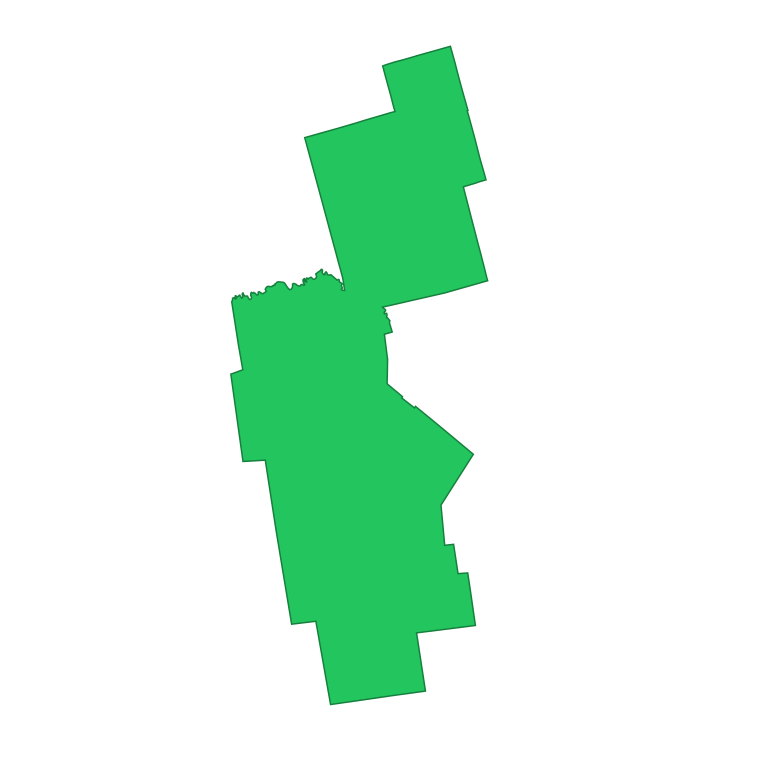 Giurgita, Dolj, Romania, rotated 74°
{"feature_id": "2599482B97852940082202", "entity_name": "Giurgita", "entity_type": "district", "adm_level": 2, "iso_a3": "ROU", "parent_name": "Romania", "parent_adm1": "Dolj", "projection": "robinson", "projection_center": [23.602, 44.033], "detail": "fine", "context": "isolated", "style": "filled", "palette": "green", "viewbox_px": 768, "rotation_deg": 74, "n_neighbors": 0, "source": "geoboundaries", "source_scale": "gbopen_adm2", "svg_char_len": 5065}
<svg xmlns="http://www.w3.org/2000/svg" viewBox="0 0 768 768"><g transform="rotate(74 384 384)"><path d="M677.4,523.7L685.5,464.4L690.6,428.8L632.2,421.3L641.3,362.7L606.3,357.9L588.7,355.6L586.7,365.1L557.3,361.3L555.8,370.1L516.1,362.6L476.2,317.5L441.0,341.4L414.2,359.9L415.4,361.3L402.5,370.7L401.3,369.7L385.4,380.5L384.1,380.8L376.1,378.3L361.5,373.8L336.3,369.9L336.3,361.8L326.7,361.9L324.8,360.9L321.1,362.5L321.1,363.0L320.9,363.1L320.2,363.0L319.9,362.9L319.0,362.2L316.9,361.9L316.7,362.3L316.5,362.8L316.8,363.9L316.6,364.3L316.4,364.3L315.3,364.1L314.7,363.7L314.2,362.4L313.4,362.2L312.9,362.1L311.2,363.5L309.7,364.2L313.2,300.9L313.3,255.9L310.0,255.9L304.8,255.7L300.1,255.5L291.7,255.3L285.6,255.1L273.4,254.9L259.0,254.5L249.6,254.3L239.3,254.0L216.4,253.4L216.3,251.6L216.3,250.4L216.2,245.5L216.2,243.0L216.2,241.6L215.9,236.1L215.9,231.8L215.8,230.3L215.9,229.7L209.7,229.6L198.8,229.6L193.2,229.6L173.3,229.0L166.3,228.9L151.9,228.7L146.1,228.7L144.3,228.7L144.2,228.6L144.2,227.9L124.7,227.8L114.9,227.7L100.8,227.4L94.6,227.2L77.7,227.1L77.5,261.9L77.6,264.2L77.6,279.0L77.7,279.4L77.5,279.9L77.5,281.5L77.4,284.5L77.5,288.2L77.6,292.6L77.9,297.6L88.0,297.8L107.9,298.0L117.8,298.3L121.2,298.4L125.1,298.3L125.1,298.6L125.0,303.2L125.2,330.8L125.4,337.6L125.5,362.3L125.3,392.3L189.2,393.2L225.4,393.8L246.1,394.1L255.8,394.3L260.8,394.3L267.0,394.4L270.6,394.5L271.9,394.6L274.5,394.9L279.6,395.6L283.2,396.1L282.9,396.8L282.8,397.4L282.3,398.2L281.8,398.8L281.3,398.9L281.0,398.7L280.7,398.3L280.4,397.7L279.9,397.6L279.0,397.7L278.1,398.0L277.7,397.9L277.3,397.5L276.8,397.0L276.5,396.7L276.1,396.7L275.7,396.8L274.9,397.5L273.5,398.6L272.9,398.7L272.7,398.6L272.4,398.5L272.1,398.4L271.6,398.4L271.0,398.8L271.0,399.5L271.0,400.8L270.9,400.9L269.7,401.3L268.5,402.3L268.0,402.4L267.7,402.7L265.9,403.9L264.8,404.5L264.3,405.0L264.2,405.5L264.5,405.9L264.4,406.2L264.0,407.0L264.0,407.5L263.5,408.0L262.7,408.2L261.3,408.3L260.5,408.5L260.3,409.2L260.4,409.4L261.0,410.1L261.7,410.4L262.6,410.6L262.6,411.1L262.3,411.7L261.2,412.2L260.6,412.5L259.8,412.7L259.2,412.6L258.8,412.3L258.5,411.9L258.2,411.8L257.6,411.8L256.9,412.0L256.6,412.2L256.5,412.7L256.6,412.9L256.9,413.2L257.4,413.7L257.6,414.5L257.9,415.6L258.8,417.7L259.2,418.8L259.3,419.2L259.9,419.3L260.5,419.2L261.0,419.1L261.4,419.2L262.0,419.2L262.6,419.5L263.2,419.9L263.3,420.1L263.5,420.6L264.1,421.8L264.2,422.4L263.6,423.2L262.8,423.8L261.9,424.2L261.7,424.3L261.5,424.5L261.3,424.7L261.2,425.0L261.3,425.3L261.4,425.8L261.7,427.1L261.9,427.5L262.1,427.6L262.2,427.8L262.2,428.0L261.8,428.1L261.2,428.5L260.9,428.8L260.9,429.1L260.9,429.4L261.4,429.9L261.9,430.1L262.5,430.2L262.8,430.5L263.2,430.3L263.7,430.1L263.9,430.1L264.3,430.1L264.6,430.2L264.6,430.3L264.4,430.4L264.3,430.5L264.0,430.8L263.9,431.0L263.8,431.4L263.7,431.5L263.5,431.9L263.4,432.2L263.1,432.5L262.9,432.5L262.5,431.9L261.9,431.5L261.6,431.5L261.2,431.5L260.8,431.5L260.8,431.9L261.3,432.8L261.6,433.2L262.2,433.3L263.1,433.5L263.9,433.5L264.6,433.5L265.2,433.3L265.8,432.9L266.2,432.8L266.7,433.0L266.9,433.4L267.0,433.8L266.8,434.2L266.3,434.6L266.0,434.8L265.7,435.3L265.6,436.0L265.8,436.6L266.1,436.9L266.5,437.3L266.7,437.8L266.1,439.3L265.1,440.3L263.7,441.2L262.4,443.2L262.4,443.6L262.8,444.4L263.2,444.6L263.9,444.6L265.0,445.0L266.1,445.7L266.8,446.5L267.3,447.0L267.4,447.8L267.3,448.8L266.8,449.0L264.8,450.1L261.5,451.1L259.4,451.8L258.3,453.1L258.0,454.1L257.1,456.1L256.6,457.6L256.6,458.8L257.5,460.1L257.7,461.2L258.0,461.3L258.6,461.3L258.7,461.5L259.0,461.8L258.8,462.0L258.6,462.5L258.8,462.9L259.1,463.3L258.8,463.6L258.8,463.9L259.1,464.5L259.5,465.1L259.3,465.5L258.9,466.7L258.7,467.5L258.3,468.1L258.2,468.6L258.2,469.6L259.1,471.0L260.0,471.9L260.4,472.1L261.1,471.8L262.5,471.6L262.6,471.8L262.8,472.2L263.2,473.4L263.3,474.2L263.8,475.2L263.7,476.1L262.5,477.1L260.9,478.6L260.9,479.0L261.0,479.6L262.3,479.9L263.2,480.1L263.3,480.3L263.3,480.5L263.2,480.7L263.3,480.9L263.5,481.4L263.4,481.8L262.6,482.3L262.0,482.4L261.5,482.6L260.9,483.3L260.2,483.9L260.4,484.1L260.6,484.5L260.3,485.2L259.8,485.7L259.4,486.2L259.6,486.5L260.1,487.0L260.8,487.3L261.4,487.3L262.1,487.8L262.5,487.7L262.9,487.5L263.4,487.5L264.3,487.4L264.6,487.6L265.0,487.8L265.5,488.4L265.8,489.2L265.9,489.7L265.6,490.1L265.1,490.2L264.0,490.5L263.4,490.9L263.0,490.9L262.1,490.9L261.7,491.3L261.4,492.5L261.1,493.5L260.3,494.0L258.9,494.3L257.8,494.3L257.6,494.5L257.7,494.9L258.3,495.4L258.9,495.6L259.7,495.6L260.7,495.7L261.3,495.7L261.6,495.9L261.8,496.1L262.0,496.6L262.2,497.0L261.0,497.6L260.4,497.8L258.9,498.1L258.8,498.4L258.8,498.9L259.0,499.1L259.5,499.6L259.7,500.1L259.9,501.0L259.6,501.2L259.1,501.5L258.5,502.0L258.2,502.4L258.2,502.6L258.6,502.9L259.0,503.0L259.5,503.1L260.2,502.7L261.2,502.6L261.3,503.3L260.6,503.9L259.8,504.5L259.7,505.1L259.8,505.6L259.8,505.9L260.2,506.1L261.7,506.5L262.9,507.7L306.7,513.2L331.4,515.8L332.3,528.5L419.6,540.9L424.5,519.1L495.1,528.1L589.4,539.0L593.3,514.9L677.4,523.7Z" fill="#22c55e" stroke="#15803d" stroke-width="1.5"/></g></svg>